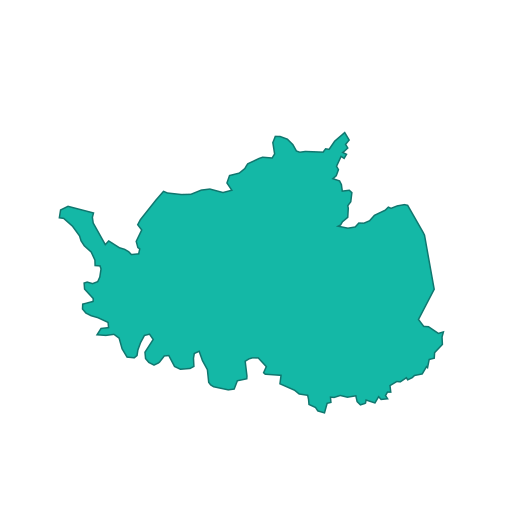 the district of Cidra, Puerto Rico, rotated 12°
{"feature_id": "32010507B88362750247815", "entity_name": "Cidra", "entity_type": "district", "adm_level": 2, "iso_a3": "PRI", "parent_name": "Puerto Rico", "parent_adm1": "", "projection": "albers", "projection_center": [-66.167, 18.181], "detail": "fine", "context": "isolated", "style": "filled", "palette": "teal", "viewbox_px": 512, "rotation_deg": 12, "n_neighbors": 0, "source": "geoboundaries", "source_scale": "gbopen_adm2", "svg_char_len": 2744}
<svg xmlns="http://www.w3.org/2000/svg" viewBox="0 0 512 512"><g transform="rotate(12 256 256)"><path d="M393.8,174.9L390.5,174.9L383.8,177.6L378.2,181.3L375.3,180.7L372.9,184.3L363.4,191.6L359.8,197.9L354.7,201.5L349.7,202.4L347.0,207.0L340.1,209.7L330.1,209.8L332.3,208.0L333.4,204.6L337.7,199.1L336.3,190.0L335.3,187.8L337.4,183.2L336.6,174.1L333.6,172.3L326.9,174.6L324.7,168.4L322.1,165.2L315.1,164.4L317.8,160.8L318.7,154.4L316.1,151.5L318.5,140.9L321.9,142.2L323.4,137.7L319.3,136.7L321.0,134.6L323.3,131.3L320.4,128.2L323.0,123.2L317.1,116.8L309.1,127.3L305.3,136.5L301.8,136.7L300.0,140.5L282.5,143.5L277.3,145.4L273.7,144.9L268.9,139.4L262.4,135.2L254.8,134.1L250.0,135.0L249.3,139.4L248.9,141.6L253.0,152.3L251.4,156.8L242.0,158.0L238.8,159.9L228.8,167.5L228.0,169.4L226.9,172.8L222.4,178.4L213.4,182.8L212.4,190.6L218.7,196.7L210.5,200.8L197.0,200.1L188.8,202.9L179.5,209.2L170.3,211.4L156.2,212.8L152.1,212.0L147.0,221.2L146.9,221.3L135.4,244.4L133.8,250.0L138.8,254.3L135.8,266.6L138.7,272.3L140.8,273.2L140.8,278.3L133.8,280.5L130.6,278.3L126.1,276.8L120.6,276.3L108.8,271.9L106.2,276.2L89.9,257.6L87.9,252.2L88.1,247.7L61.8,246.5L55.3,251.6L55.7,259.5L60.1,259.2L70.3,265.0L79.2,273.0L81.7,277.5L85.9,281.7L94.0,286.4L99.3,293.5L100.6,298.8L105.5,298.1L107.1,300.9L107.6,309.1L106.5,314.0L101.9,317.0L96.3,316.6L93.5,318.2L95.2,324.0L105.7,331.5L106.1,334.3L96.5,339.1L97.3,343.9L101.5,347.2L107.1,348.7L114.2,349.2L125.1,351.7L126.7,356.7L119.5,359.1L116.9,366.1L125.6,364.9L133.2,362.2L133.7,362.3L139.2,364.8L144.3,374.6L150.9,381.7L158.1,380.9L160.3,378.1L160.0,372.5L161.1,364.7L163.4,356.9L168.1,354.6L172.8,359.0L167.4,373.2L169.3,379.3L173.3,382.4L178.9,383.9L182.7,381.0L183.7,379.8L187.1,372.8L191.4,371.5L199.3,381.0L205.6,382.5L214.9,379.7L218.2,376.9L216.1,369.0L215.9,364.2L220.2,361.0L225.4,369.5L232.1,377.3L236.0,389.4L238.4,391.5L241.7,392.7L256.2,392.7L256.7,392.7L262.3,390.7L263.7,381.9L272.5,378.0L272.1,375.3L267.3,361.2L270.5,358.1L273.6,356.4L279.4,355.2L289.1,362.1L287.7,368.6L289.6,369.7L305.3,367.5L306.0,376.0L321.7,379.3L326.9,382.0L335.5,381.5L337.2,385.3L338.7,390.2L345.7,391.8L348.7,394.7L355.6,395.2L356.2,385.3L359.7,383.6L358.2,378.6L361.8,378.1L367.4,374.9L374.8,375.1L382.7,372.0L385.2,377.4L389.1,379.9L393.0,377.7L393.7,377.1L393.6,374.0L402.9,375.0L405.2,368.1L408.2,370.3L414.4,368.3L411.7,365.6L412.9,361.8L416.1,361.1L414.0,354.9L419.8,349.5L423.3,349.1L428.4,343.8L430.1,345.6L434.1,342.5L435.9,339.9L443.1,336.8L445.8,328.7L447.0,329.5L446.9,321.2L451.6,318.9L450.8,313.4L456.7,303.7L454.8,296.5L455.1,291.3L450.5,293.8L439.4,289.3L434.7,290.0L428.1,284.3L437.2,251.5L423.4,217.6L416.5,200.6L414.5,198.1L393.8,174.9Z" fill="#14b8a6" stroke="#0f766e" stroke-width="1.5"/></g></svg>